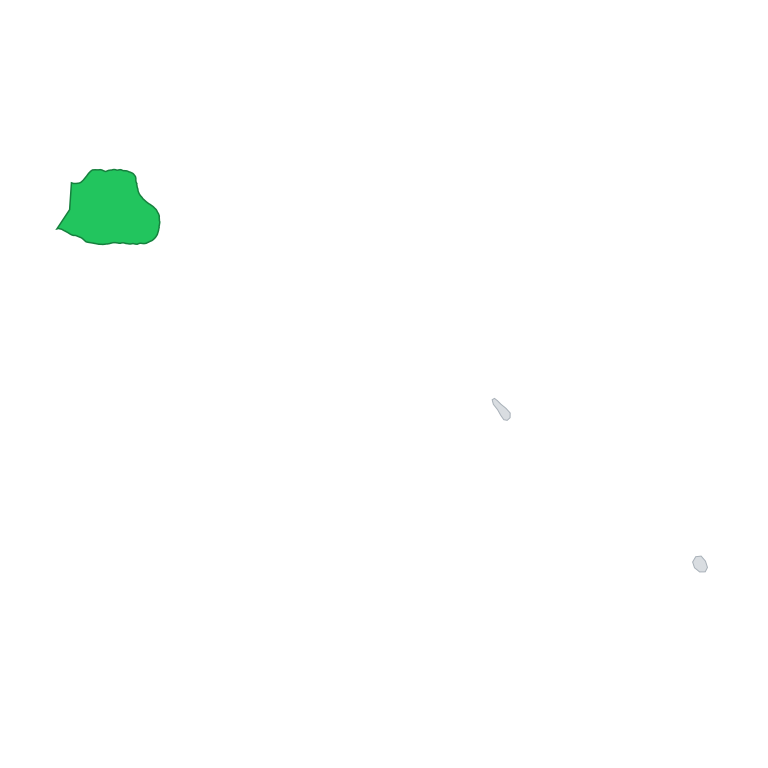 South Miladhunmadulu, Maldives shown in context, rotated 303°
{"feature_id": "70690204B143324726132", "entity_name": "South Miladhunmadulu", "entity_type": "district", "adm_level": 2, "iso_a3": "MDV", "parent_name": "Maldives", "parent_adm1": "", "projection": "natural_earth1", "projection_center": [73.322, 5.821], "detail": "fine", "context": "in_parent", "style": "filled", "palette": "green", "viewbox_px": 768, "rotation_deg": 303, "n_neighbors": 0, "source": "geoboundaries", "source_scale": "gbopen_adm2", "svg_char_len": 4091}
<svg xmlns="http://www.w3.org/2000/svg" viewBox="0 0 768 768"><g transform="rotate(303 384 384)"><path d="M428.4,505.6L424.4,508.1L420.6,507.1L419.3,503.9L421.2,499.2L424.3,493.3L426.5,486.8L429.7,483.3L432.1,484.5L431.8,488.1L430.7,493.1L430.0,499.6L428.4,505.6ZM406.3,755.2L401.4,755.7L398.3,751.1L399.0,744.5L402.8,739.8L408.9,739.5L412.4,743.7L410.5,750.1L406.3,755.2Z" fill="#d9dde1" stroke="#a8b0b8" stroke-width="1"/><path d="M335.9,25.2L336.1,25.4L336.4,25.6L336.6,25.6L336.8,25.9L337.1,26.3L337.3,26.7L337.4,27.1L337.6,27.7L337.8,28.2L338.0,28.7L338.2,29.2L338.3,29.8L338.3,30.3L338.3,30.9L338.4,31.8L338.4,32.6L338.6,33.4L338.6,34.2L338.7,35.4L338.8,36.0L338.8,37.1L338.8,37.7L338.8,38.4L338.8,39.0L338.9,39.7L338.9,40.3L339.0,41.0L339.2,41.7L339.4,42.4L339.7,43.0L340.0,43.4L340.3,43.9L340.7,44.7L341.0,46.4L341.2,47.6L341.4,48.2L341.5,49.2L341.8,50.5L341.7,51.9L341.6,52.7L341.5,53.5L341.3,54.4L341.1,55.7L341.0,56.8L341.4,57.9L341.9,59.2L342.3,60.1L342.8,61.2L343.2,62.1L343.8,63.5L344.2,64.6L344.6,65.4L344.9,66.2L345.5,67.7L345.9,68.7L346.4,69.5L346.8,70.2L347.3,71.0L347.9,72.2L348.5,72.9L348.9,73.4L349.6,74.2L350.4,75.1L350.9,75.9L351.6,76.6L352.3,77.4L353.1,78.0L353.7,78.6L354.5,79.3L355.0,79.9L355.4,80.4L355.9,81.2L356.3,81.8L356.6,82.5L356.8,82.9L357.1,83.4L357.4,84.3L357.8,85.2L358.2,85.8L358.6,86.5L358.9,86.7L359.4,87.0L359.8,87.5L360.1,88.0L360.6,88.8L360.8,89.3L361.1,90.5L361.4,91.4L361.7,91.7L361.9,92.2L362.1,92.7L362.5,93.6L363.0,94.6L363.5,95.3L363.9,95.7L364.4,96.3L364.9,96.7L365.3,97.5L365.6,98.4L366.0,99.3L366.2,99.9L366.6,100.5L367.1,101.2L367.7,101.5L368.3,101.9L369.1,102.7L369.5,103.2L369.9,104.0L370.2,104.7L370.5,105.3L370.7,105.7L371.3,106.6L371.9,107.3L372.4,107.8L373.0,108.3L373.8,108.6L374.2,108.9L374.7,109.3L375.5,109.7L375.9,109.9L376.4,110.3L376.9,110.6L377.6,111.1L378.2,111.4L378.8,111.6L379.3,111.8L380.0,112.0L380.6,112.1L381.1,112.3L381.7,112.3L382.4,112.5L383.5,112.5L384.3,112.5L385.3,112.5L386.1,112.4L386.9,112.2L387.6,111.9L388.3,111.8L389.4,111.4L390.2,111.2L391.0,110.8L392.1,110.4L392.8,110.2L393.6,109.6L394.1,109.3L394.9,109.1L395.6,108.7L396.2,108.5L396.8,108.2L397.6,107.8L398.1,107.4L398.6,106.7L399.5,106.1L400.2,105.6L400.9,105.0L401.4,104.7L402.1,104.3L402.6,103.9L403.1,103.3L403.4,102.9L404.0,102.1L404.3,101.4L404.9,100.2L405.4,99.4L405.8,98.8L406.2,97.8L406.4,97.0L406.5,96.3L406.7,95.3L406.9,94.6L407.0,93.8L407.1,93.2L407.1,92.7L407.1,91.8L407.2,91.0L407.2,90.3L407.2,89.6L407.1,88.6L407.2,87.4L407.2,86.6L407.3,86.3L407.3,85.6L407.5,84.5L407.7,83.2L407.9,82.1L408.0,81.2L408.2,80.6L408.7,79.4L409.1,77.9L409.3,77.2L409.6,76.4L409.9,75.8L410.4,74.7L410.9,74.1L411.4,73.3L411.9,72.7L412.5,72.1L413.4,71.4L413.9,70.8L414.6,69.9L415.2,69.3L415.6,69.0L416.3,68.3L416.9,67.8L417.5,67.6L417.7,67.2L418.0,66.6L418.5,66.0L418.8,65.6L419.3,65.1L419.7,65.0L420.4,64.4L421.0,64.1L421.6,63.6L422.1,63.1L422.4,62.8L422.7,62.4L422.8,62.0L423.3,60.8L423.3,60.7L423.4,60.3L423.5,60.0L423.7,59.6L423.8,58.7L423.8,58.1L423.7,57.5L423.6,56.9L423.5,56.0L423.2,55.1L423.0,54.3L422.9,53.2L422.7,52.5L422.4,51.7L421.9,50.8L421.6,50.2L421.2,49.7L420.9,49.0L420.7,48.3L420.6,47.3L420.3,46.4L419.9,45.8L419.6,45.5L419.2,45.0L418.6,44.5L418.1,43.9L417.8,43.4L417.6,42.4L417.3,41.6L416.9,40.9L416.5,40.3L416.0,39.8L415.3,39.2L415.0,39.0L414.6,38.3L414.3,38.0L413.7,37.3L413.2,36.7L412.5,36.2L412.0,35.8L411.3,35.4L410.9,35.1L410.4,34.4L410.3,33.9L410.2,33.1L410.1,32.6L409.9,31.7L409.9,31.0L409.7,30.5L409.3,29.4L408.9,28.9L408.4,28.3L408.0,27.8L407.6,27.2L407.2,26.5L406.7,25.8L406.5,25.3L406.0,24.6L405.6,24.1L404.9,23.1L404.3,22.7L403.6,22.5L403.1,22.3L402.6,22.0L402.1,21.9L401.2,21.9L400.3,21.6L399.9,21.5L399.0,21.5L398.5,21.4L397.9,21.4L397.1,21.4L396.1,21.3L395.3,21.2L394.5,21.1L393.4,21.0L392.8,20.9L392.1,20.9L391.3,20.8L390.5,20.6L389.7,20.4L388.9,20.2L388.0,19.9L387.5,19.6L386.8,19.2L386.5,18.9L385.9,18.3L385.6,18.0L385.3,17.5L384.9,17.1L384.6,16.7L384.2,16.1L383.8,15.5L383.4,14.9L383.1,14.4L382.9,13.8L382.8,13.4L382.7,13.0L382.5,12.3L359.0,25.4L335.9,25.2Z" fill="#22c55e" stroke="#15803d" stroke-width="1.5"/></g></svg>